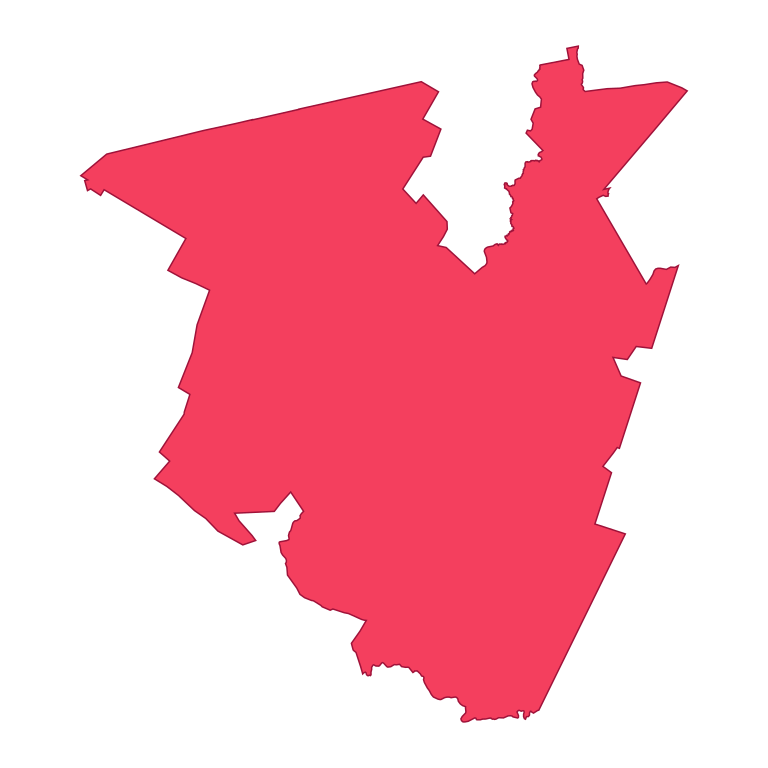 Frances Baard, Northern Cape, South Africa (orthographic projection)
{"feature_id": "47623444B47551800403987", "entity_name": "Frances Baard", "entity_type": "district", "adm_level": 2, "iso_a3": "ZAF", "parent_name": "South Africa", "parent_adm1": "Northern Cape", "projection": "orthographic", "projection_center": [24.486, -28.328], "detail": "fine", "context": "isolated", "style": "filled", "palette": "rose", "viewbox_px": 768, "rotation_deg": 0, "n_neighbors": 0, "source": "geoboundaries", "source_scale": "gbopen_adm2", "svg_char_len": 6065}
<svg xmlns="http://www.w3.org/2000/svg" viewBox="0 0 768 768"><path d="M421.3,81.7L299.0,109.1L299.1,109.3L252.0,120.0L252.1,119.7L235.4,123.6L203.6,130.5L106.7,154.1L80.8,175.7L87.7,179.9L84.7,180.6L87.5,190.6L90.6,188.9L100.6,195.4L104.1,189.7L185.9,238.5L167.9,270.3L181.6,277.8L195.9,283.6L209.6,290.2L197.1,324.8L192.2,352.7L178.4,387.5L189.9,394.4L184.3,412.0L184.1,414.2L159.4,452.0L169.7,461.1L154.4,478.8L166.8,486.4L178.3,495.3L194.5,510.6L205.8,518.5L217.9,531.1L242.8,544.9L255.7,540.5L252.1,535.6L239.1,520.9L234.6,513.2L274.3,511.4L280.5,503.3L290.7,492.0L303.6,511.3L301.4,513.6L300.0,515.8L300.3,516.8L300.1,518.3L296.9,520.6L294.8,520.9L293.6,522.0L292.8,523.2L291.1,529.5L290.6,530.8L289.5,532.0L289.1,533.3L288.5,535.6L289.1,538.6L288.9,539.6L286.6,540.6L279.9,541.8L279.2,542.3L279.2,543.8L280.0,545.6L281.1,552.5L282.6,555.0L285.7,558.4L286.4,560.2L286.3,562.3L285.5,563.5L286.9,567.3L287.5,575.1L296.8,588.1L300.0,594.4L304.6,597.7L311.6,600.5L313.3,600.7L320.9,605.4L322.2,606.8L330.2,610.2L332.9,609.0L344.2,612.7L348.4,613.5L361.5,619.4L364.3,620.2L366.3,620.4L360.1,631.0L351.4,643.3L353.0,649.4L353.4,650.3L356.0,652.4L360.6,666.5L362.7,673.9L363.9,672.7L365.4,672.2L366.1,672.9L366.5,674.6L367.5,675.6L368.4,675.7L369.3,675.2L370.4,675.6L371.0,674.8L371.0,672.0L371.7,669.3L371.6,667.4L372.9,665.2L373.7,664.8L375.8,666.0L378.8,666.1L379.6,665.6L381.7,663.0L382.5,662.6L383.6,663.1L386.8,666.6L387.8,667.1L390.8,666.7L394.2,664.6L396.5,664.8L399.6,664.3L401.6,666.6L405.5,667.3L408.0,667.2L408.9,667.5L412.9,672.5L413.8,672.0L414.7,670.9L416.1,671.1L416.7,670.8L417.2,670.9L420.3,673.8L421.6,676.0L423.2,676.4L423.6,676.8L424.0,677.9L423.5,679.6L424.4,682.5L427.3,687.9L429.3,690.6L431.4,694.6L433.4,697.0L437.9,699.1L440.2,699.6L441.2,699.4L444.7,697.6L447.0,697.1L449.2,697.1L451.1,697.7L455.3,697.0L456.5,697.4L457.7,698.6L458.4,701.4L460.4,704.0L462.6,705.6L465.6,706.7L465.5,708.0L465.9,711.7L465.6,713.0L462.2,716.5L460.9,718.9L461.5,720.7L463.0,721.9L465.0,721.9L468.2,721.3L474.8,717.9L475.9,718.2L476.5,719.6L477.0,719.8L480.3,719.8L482.6,719.1L485.7,719.0L489.7,718.1L491.0,718.1L491.3,718.6L492.6,719.2L493.5,719.0L494.5,719.4L496.0,719.1L498.7,717.7L503.5,717.9L508.1,715.9L510.4,715.7L512.0,716.0L513.0,716.9L517.7,718.0L518.4,717.4L518.5,715.6L517.0,712.0L518.2,710.6L519.1,710.3L521.2,711.2L523.0,710.7L523.9,711.0L524.2,712.2L523.6,714.1L523.6,716.7L524.4,718.7L525.5,719.2L526.3,717.0L526.8,716.6L528.3,716.6L529.2,715.6L529.5,715.0L529.5,713.0L530.4,711.3L531.0,711.3L531.8,712.1L533.5,713.1L537.6,710.5L538.8,710.2L625.3,533.9L594.9,524.0L611.5,472.7L602.9,466.4L613.4,452.9L617.2,447.5L619.4,448.3L640.5,382.9L621.1,376.0L613.0,357.4L627.3,359.5L636.2,346.5L651.7,348.3L678.3,265.6L675.0,267.4L670.7,267.1L666.4,269.4L660.4,268.3L657.9,268.3L655.7,269.0L654.1,270.9L652.9,274.5L649.9,279.5L647.1,283.3L646.2,284.0L596.7,198.8L598.9,197.3L603.2,195.3L605.7,196.4L608.1,196.1L608.2,193.7L609.1,194.2L607.9,193.1L608.0,191.7L608.8,189.4L609.8,188.1L603.8,189.4L653.8,130.6L687.2,90.9L681.8,87.8L667.3,82.0L656.4,82.8L644.1,84.7L635.2,85.6L620.1,88.2L607.2,88.7L585.1,91.5L583.3,89.8L583.1,89.2L583.5,88.0L583.4,87.4L581.4,84.6L581.4,84.1L582.2,83.2L582.5,82.2L582.6,81.1L582.1,79.8L582.8,78.2L582.7,73.5L583.8,70.2L582.1,65.4L579.2,64.1L577.4,59.3L576.9,56.2L577.2,54.2L576.8,52.5L577.5,49.0L578.2,48.2L578.3,46.1L566.9,48.4L569.0,59.4L540.1,65.0L539.8,65.5L540.0,66.2L539.8,67.8L539.9,69.1L539.3,69.3L538.8,70.5L538.3,70.7L537.4,72.2L535.5,73.6L534.3,75.1L534.5,76.1L536.9,78.5L537.5,79.6L537.5,80.5L536.4,81.4L535.5,81.1L534.9,81.4L534.1,81.2L532.7,81.8L532.0,83.8L533.0,87.5L535.5,92.2L537.5,95.0L539.9,97.0L541.4,99.1L540.6,107.2L535.1,108.9L531.0,119.3L533.2,123.2L532.1,129.3L530.5,130.9L527.4,130.2L526.1,133.1L542.9,150.5L542.3,150.8L541.9,151.5L539.4,152.6L538.2,154.4L538.3,155.6L538.6,155.5L538.8,156.0L541.1,157.2L541.8,158.7L541.8,159.6L539.5,160.9L539.5,161.6L539.2,161.9L538.5,161.4L538.5,160.9L537.2,160.7L536.9,160.3L536.3,160.7L535.4,160.3L534.9,160.8L534.2,160.9L533.8,160.6L531.4,160.6L531.2,160.9L530.8,160.9L530.7,161.5L528.7,162.1L527.9,162.1L527.7,161.7L525.9,161.9L525.1,163.2L525.1,166.9L524.5,167.4L523.7,169.7L523.3,169.9L523.6,170.4L523.1,172.0L523.3,173.2L522.6,173.7L522.6,174.2L522.1,174.7L522.2,175.5L520.7,177.4L520.4,178.2L518.9,178.2L515.2,180.0L515.0,181.0L515.1,183.6L514.2,185.4L513.4,185.5L512.9,185.2L511.9,185.9L511.5,185.8L511.3,186.2L509.7,186.3L508.8,186.1L507.3,184.8L507.2,184.1L506.9,184.0L507.1,183.4L506.6,183.0L505.0,182.9L504.7,183.3L504.3,184.5L504.7,184.6L504.5,185.1L504.8,185.9L504.6,188.0L505.9,188.8L506.5,188.7L506.7,189.3L508.9,191.3L509.5,193.4L509.4,194.0L510.3,194.9L511.0,196.6L511.6,196.5L512.4,197.4L512.4,198.1L512.7,198.2L512.8,198.8L513.2,198.9L513.3,200.0L513.7,200.5L513.3,200.9L513.4,201.5L512.7,201.8L512.9,203.6L511.3,206.6L509.9,208.0L510.9,212.6L511.2,213.0L512.7,213.5L512.3,215.4L511.7,215.8L511.5,217.2L510.8,217.6L511.1,218.6L510.8,219.0L510.3,219.0L510.6,219.6L511.3,219.8L510.7,220.1L510.4,220.8L510.8,221.2L510.5,221.7L510.9,222.2L510.8,223.5L511.9,224.8L511.8,225.5L512.0,226.4L513.0,226.5L513.9,228.1L513.3,228.3L513.0,229.4L513.4,230.5L512.8,230.8L512.0,230.4L511.8,230.8L512.1,231.0L511.3,231.5L511.2,231.1L510.8,231.4L510.4,231.3L509.7,231.9L509.8,232.3L509.0,233.8L508.6,233.8L508.8,234.5L508.2,234.7L508.0,235.1L507.1,235.2L507.1,235.6L506.8,235.4L506.1,236.0L505.1,236.2L505.0,237.0L505.4,237.5L505.3,237.8L506.7,239.9L507.6,240.3L507.4,240.9L507.7,241.2L506.8,242.5L506.2,242.5L505.4,243.5L505.1,243.0L504.4,243.9L503.0,244.4L502.3,244.3L501.9,243.9L501.2,244.4L500.2,244.0L499.3,244.1L498.4,245.4L498.1,245.1L498.1,244.6L497.4,244.4L497.1,243.8L495.2,244.4L493.0,246.0L487.9,247.0L486.4,247.7L485.0,248.9L484.4,250.3L484.3,251.5L486.5,257.3L487.0,262.0L486.7,263.5L485.2,265.6L482.2,267.4L474.7,273.8L446.2,247.5L437.6,245.6L443.4,236.7L447.3,229.2L447.0,221.6L423.3,194.9L416.1,203.4L402.8,189.0L423.2,157.2L430.5,156.2L440.9,129.1L422.8,119.1L438.5,91.8L421.3,81.7Z" fill="#f43f5e" stroke="#9f1239" stroke-width="1.5"/></svg>